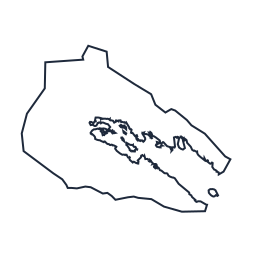 Porsáŋgu sme 2, Finnmark, Norway (Albers equal-area conic projection), rotated 96°
{"feature_id": "86288312B48399951224278", "entity_name": "Porsáŋgu sme 2", "entity_type": "district", "adm_level": 2, "iso_a3": "NOR", "parent_name": "Norway", "parent_adm1": "Finnmark", "projection": "albers", "projection_center": [25.158, 70.243], "detail": "fine", "context": "isolated", "style": "outline", "palette": "slate", "viewbox_px": 256, "rotation_deg": 96, "n_neighbors": 0, "source": "geoboundaries", "source_scale": "gbopen_adm2", "svg_char_len": 5976}
<svg xmlns="http://www.w3.org/2000/svg" viewBox="0 0 256 256"><g transform="rotate(96 128 128)"><path d="M202.7,42.7L196.1,41.4L196.1,42.1L193.4,48.1L193.5,50.2L193.9,51.6L194.3,51.9L194.0,52.9L193.0,53.9L192.5,53.5L189.9,57.1L188.4,58.0L187.4,60.1L185.8,60.4L178.2,71.8L173.1,76.2L172.5,77.8L172.6,78.6L172.0,81.0L171.2,82.7L169.2,84.1L169.0,85.0L169.2,86.5L169.0,87.2L166.9,90.3L166.6,91.8L164.6,93.2L163.8,94.5L165.0,94.9L164.6,95.8L165.2,96.5L163.9,97.5L164.4,97.7L164.2,98.0L163.4,98.2L163.3,97.6L162.7,97.5L162.7,95.8L162.0,95.5L161.1,96.1L160.9,96.8L161.1,98.5L160.9,99.6L161.1,99.9L160.4,99.7L159.6,100.5L159.0,101.8L159.2,102.9L159.0,103.3L157.9,102.1L156.9,103.5L157.4,104.7L156.7,105.5L157.1,107.5L154.1,108.7L154.4,108.8L154.2,110.0L153.4,110.8L154.1,112.0L155.9,112.1L159.2,114.9L160.1,114.1L162.3,114.1L162.3,115.0L161.8,115.5L162.0,116.2L161.0,118.4L161.0,119.2L161.8,119.7L159.5,122.9L157.9,123.5L157.1,123.1L156.9,123.3L157.6,123.7L157.3,124.9L154.8,126.6L155.0,127.0L154.8,127.7L155.2,128.1L154.9,128.8L154.9,129.8L155.2,130.9L154.0,133.5L151.9,136.8L149.9,138.6L148.1,138.3L148.3,136.9L147.7,137.8L146.7,140.5L146.9,141.5L146.4,141.9L146.3,142.9L146.8,143.6L146.8,144.2L146.0,145.4L146.1,146.3L145.8,147.2L143.8,149.7L144.0,150.4L144.6,150.7L143.7,153.5L143.1,154.7L143.2,155.5L143.0,157.4L142.3,159.5L140.6,159.8L139.3,160.9L138.2,162.4L138.2,163.0L137.7,163.2L137.6,164.4L136.7,164.7L134.3,163.4L132.9,161.8L132.8,160.6L131.8,158.1L132.3,156.0L131.9,155.1L131.3,155.5L131.4,153.7L134.2,154.7L135.0,153.3L135.2,152.3L135.7,153.2L137.8,152.4L137.4,151.6L137.5,150.9L136.5,150.6L135.7,149.1L134.9,150.5L135.1,149.4L135.0,149.2L134.1,151.4L133.1,152.4L131.2,153.2L131.0,152.5L131.1,150.7L132.0,147.7L132.4,147.6L132.3,149.1L133.6,149.0L133.3,147.6L133.0,144.6L134.9,142.9L134.5,142.5L134.7,141.6L134.2,140.0L133.3,141.7L132.8,141.8L133.0,142.6L132.0,143.2L132.7,143.9L132.1,145.2L132.4,145.6L131.6,146.8L130.7,146.9L128.9,145.8L126.3,148.4L126.1,150.4L125.2,153.1L125.3,154.5L126.1,155.4L125.2,155.9L125.6,156.2L125.4,157.3L126.0,157.7L126.1,158.5L128.9,159.7L129.5,160.9L129.4,161.6L128.5,163.5L129.0,165.4L126.9,166.8L125.9,166.4L125.8,165.2L126.5,163.6L126.1,162.8L126.4,162.6L125.0,161.9L124.7,159.8L124.7,161.7L121.0,161.3L120.7,158.9L120.8,157.4L121.2,156.3L121.9,156.0L121.1,155.7L121.7,154.6L121.2,154.0L121.4,153.4L121.1,151.9L121.2,150.1L120.9,149.1L121.4,147.5L121.0,147.1L121.8,147.1L122.3,146.4L122.1,145.4L122.4,143.6L124.1,142.3L122.9,140.6L122.1,140.8L121.9,140.8L121.9,140.7L122.4,140.5L121.9,140.1L122.3,139.6L121.7,138.7L122.3,138.0L121.5,137.8L121.2,136.6L121.3,136.4L121.2,136.3L121.2,136.2L122.8,135.4L122.5,134.5L122.9,132.6L122.1,133.0L123.1,131.9L122.9,130.9L122.5,130.5L127.5,126.7L128.2,126.7L129.0,125.8L128.8,125.0L129.3,124.3L132.1,124.5L132.0,124.1L132.6,123.8L132.5,122.9L135.2,120.3L134.2,118.5L135.3,117.9L135.8,118.5L135.5,119.2L136.0,119.3L137.3,117.9L137.2,118.6L137.8,118.6L139.0,117.5L138.7,116.9L138.9,116.8L138.3,116.5L139.4,115.4L139.5,114.9L139.1,115.0L138.9,114.2L138.9,113.4L139.8,111.8L139.3,111.8L139.6,111.2L139.5,110.7L137.5,109.7L136.2,109.9L132.0,113.2L131.2,113.2L131.3,112.5L131.3,112.2L131.1,112.1L131.2,112.3L130.6,112.7L132.3,110.3L132.1,109.3L132.5,107.2L134.5,104.7L135.0,104.6L134.7,104.1L135.7,103.5L135.6,103.3L134.7,104.0L134.6,103.7L134.8,103.4L134.5,103.4L134.5,103.9L131.5,106.2L130.9,105.7L130.3,106.4L130.2,105.5L129.7,105.4L130.4,104.3L133.3,102.7L133.5,102.2L133.5,101.4L134.4,99.5L137.1,95.1L139.6,94.4L139.4,95.3L139.9,95.6L139.1,96.5L138.9,97.8L141.1,97.1L141.4,98.2L142.2,98.5L143.6,97.4L144.0,94.3L143.9,93.6L143.1,93.9L141.9,93.0L142.1,92.6L142.0,92.2L141.7,93.0L139.9,93.0L138.5,92.0L138.4,91.3L142.0,87.2L142.5,84.8L143.0,84.0L142.6,83.9L142.7,83.1L143.4,82.8L144.1,83.4L144.7,83.0L144.6,82.7L145.0,82.2L144.9,82.1L146.1,82.2L144.5,81.0L144.7,81.4L144.5,81.9L142.6,82.0L142.4,80.9L142.9,81.0L142.6,80.8L142.6,79.7L141.6,79.3L132.6,81.3L131.8,79.5L132.5,78.5L131.6,77.8L131.8,77.1L132.6,76.9L132.4,76.4L132.8,76.1L138.9,76.8L142.0,75.2L143.2,73.1L143.7,71.1L142.0,69.3L134.7,72.1L132.4,71.9L133.0,72.8L132.1,73.7L131.9,74.7L130.2,74.8L131.4,74.1L131.5,73.1L132.4,71.8L132.4,70.9L133.0,70.1L134.3,70.7L134.5,70.4L133.4,69.3L134.0,68.5L136.6,67.6L140.1,63.6L143.0,61.9L143.8,60.3L143.5,59.8L144.4,57.6L144.1,56.8L146.1,56.4L147.6,55.2L149.4,52.7L151.8,48.9L149.9,48.9L152.7,47.1L152.8,46.7L151.8,45.6L152.0,45.1L153.4,45.0L154.8,42.9L154.9,42.2L154.6,41.7L153.6,40.9L154.0,40.1L157.9,40.1L160.3,38.0L160.6,36.8L161.3,35.4L162.2,35.4L162.4,34.0L162.8,33.1L164.7,32.9L161.4,28.4L148.4,22.9L146.1,28.4L125.6,51.0L118.7,65.2L113.9,70.3L105.7,82.9L104.7,87.0L108.7,92.4L102.0,103.2L92.0,108.5L83.7,126.2L69.4,154.2L54.3,157.2L50.4,176.1L61.6,180.8L64.7,179.7L71.3,217.1L97.3,214.9L124.3,230.0L144.5,233.1L161.9,229.4L180.9,197.5L185.9,188.0L191.1,183.3L193.9,181.7L193.5,177.8L193.4,172.5L190.7,164.3L190.8,158.9L195.8,146.2L194.7,141.7L197.3,137.1L200.7,133.0L196.9,120.8L195.6,115.1L196.4,110.6L196.3,97.3L202.4,84.0L205.6,65.7L202.7,42.7ZM181.6,41.3L184.0,40.8L185.2,39.6L186.2,38.4L187.0,36.8L187.2,35.9L186.9,34.8L185.6,33.6L186.2,32.0L185.6,31.4L180.8,34.5L180.1,35.8L179.9,37.4L180.2,39.7L180.6,40.4L181.6,41.3ZM148.3,117.9L148.6,116.7L148.2,116.6L147.9,117.9L147.5,117.6L146.0,118.6L145.9,119.2L146.2,119.9L145.0,121.2L144.2,121.3L144.6,121.8L144.4,122.7L144.6,123.2L144.3,124.7L142.9,127.9L145.0,127.9L145.4,127.1L148.7,124.2L149.7,124.1L150.5,122.9L150.1,122.9L150.3,121.2L150.8,120.7L150.7,120.0L150.4,119.8L150.7,119.3L150.6,118.7L149.3,118.8L148.3,117.9ZM141.6,130.5L139.5,131.3L138.0,132.8L138.2,133.6L138.7,133.6L139.8,132.4L140.4,132.4L141.6,130.5ZM127.1,134.5L127.0,133.6L126.6,133.5L125.6,135.3L126.6,136.5L127.1,136.1L127.0,135.5L127.9,135.1L128.1,134.0L127.1,134.5ZM129.5,129.7L127.5,129.9L126.4,131.8L125.9,131.8L126.1,132.4L127.8,131.9L129.5,129.7ZM131.6,132.3L133.2,131.8L134.4,129.5L133.5,129.2L131.6,132.3Z" fill="none" stroke="#1e293b" stroke-width="2"/></g></svg>